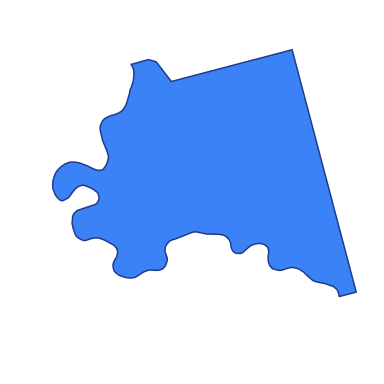 Doniphan, Kansas, United States of America (Albers equal-area conic projection), rotated 165°
{"feature_id": "52423323B86615005199408", "entity_name": "Doniphan", "entity_type": "district", "adm_level": 2, "iso_a3": "USA", "parent_name": "United States of America", "parent_adm1": "Kansas", "projection": "albers", "projection_center": [-95.019, 39.808], "detail": "fine", "context": "isolated", "style": "filled", "palette": "blue", "viewbox_px": 384, "rotation_deg": 165, "n_neighbors": 0, "source": "geoboundaries", "source_scale": "gbopen_adm2", "svg_char_len": 2266}
<svg xmlns="http://www.w3.org/2000/svg" viewBox="0 0 384 384"><g transform="rotate(165 192 192)"><path d="M251.1,127.0L245.3,125.1L242.7,125.0L240.1,125.4L237.0,127.3L233.9,131.7L233.4,132.8L233.0,135.0L233.5,140.7L233.3,142.2L231.9,146.0L229.6,148.3L226.5,150.3L224.1,150.8L218.3,151.1L202.2,153.0L200.3,152.9L197.4,152.0L188.7,147.6L176.4,144.0L172.7,142.1L171.4,141.0L169.5,138.6L168.3,135.5L167.9,133.0L168.5,128.6L168.4,126.8L167.7,124.0L166.5,122.3L164.5,121.0L161.0,120.1L158.9,120.3L151.9,123.8L148.0,125.3L142.4,125.3L140.0,124.8L137.0,123.3L135.5,122.4L133.4,119.3L133.2,118.4L133.1,116.5L133.4,114.3L135.5,109.1L136.3,104.9L135.9,100.6L134.2,97.1L129.0,94.1L127.6,93.5L125.5,93.2L119.4,93.6L116.3,93.5L113.7,92.8L108.8,90.1L104.8,85.6L102.4,81.4L98.0,75.1L95.3,73.1L87.1,69.0L80.0,64.2L77.5,60.8L77.1,59.7L76.7,57.4L76.8,52.9L59.3,52.8L58.5,303.5L183.4,304.1L192.9,327.0L199.9,331.2L217.7,331.0L216.8,326.4L216.9,324.0L217.8,320.1L219.9,314.7L222.7,310.0L225.7,306.2L226.6,303.8L232.1,294.8L233.8,292.6L237.3,289.4L238.9,288.4L242.4,287.3L246.7,286.8L251.0,286.8L256.3,285.8L257.7,285.3L260.6,283.3L263.4,279.6L264.2,277.7L264.7,274.9L265.0,264.5L263.5,253.1L263.4,248.7L263.9,246.6L266.7,241.6L269.6,238.7L272.3,236.8L273.7,236.6L275.9,236.9L278.1,237.8L281.2,239.8L286.3,244.3L292.8,249.0L297.4,251.2L301.5,252.3L303.4,252.4L307.6,251.8L311.8,250.4L316.5,247.7L319.6,244.8L323.5,238.7L325.0,234.0L325.5,231.1L324.7,224.2L323.4,221.2L322.2,219.1L321.2,218.0L319.8,217.1L319.0,217.0L313.3,218.3L313.2,218.3L311.9,219.1L306.5,223.4L306.4,223.4L306.3,223.5L306.2,223.6L305.7,224.0L303.4,225.5L299.5,226.9L296.1,226.9L293.6,225.8L288.4,221.8L286.5,219.9L283.9,216.6L283.3,215.2L283.1,212.8L283.4,209.8L284.8,207.5L286.5,206.0L288.7,205.0L306.8,204.0L308.3,203.6L311.7,201.7L313.5,199.5L316.0,192.6L316.2,187.9L315.9,182.7L315.6,180.4L314.7,178.4L313.4,176.7L310.1,173.7L308.7,173.0L306.9,172.7L301.1,173.1L297.4,172.7L293.5,171.5L288.4,167.7L282.0,161.6L280.8,160.1L279.3,156.7L279.3,153.5L280.3,151.1L281.3,149.2L285.4,145.1L287.1,142.4L287.7,139.6L287.7,136.9L287.4,135.4L286.4,133.5L283.7,130.2L278.5,126.7L274.3,125.0L270.0,124.2L267.7,124.6L259.7,127.2L254.6,127.8L252.8,127.5L251.1,127.0Z" fill="#3b82f6" stroke="#1e3a8a" stroke-width="1.5"/></g></svg>